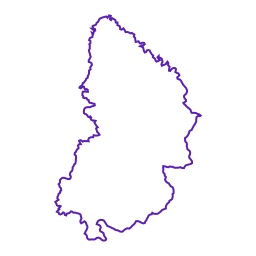 outline of Lagoa Grande, Minas Gerais, Brazil
{"feature_id": "56859067B57490940566650", "entity_name": "Lagoa Grande", "entity_type": "district", "adm_level": 2, "iso_a3": "BRA", "parent_name": "Brazil", "parent_adm1": "Minas Gerais", "projection": "mercator", "projection_center": [-46.514, -17.75], "detail": "fine", "context": "isolated", "style": "outline", "palette": "violet", "viewbox_px": 256, "rotation_deg": 0, "n_neighbors": 0, "source": "geoboundaries", "source_scale": "gbopen_adm2", "svg_char_len": 5709}
<svg xmlns="http://www.w3.org/2000/svg" viewBox="0 0 256 256"><path d="M106.3,16.5L103.4,17.2L100.4,18.3L99.2,19.3L98.7,20.6L98.0,21.9L96.7,22.8L96.0,24.6L94.2,25.5L92.7,25.9L92.7,27.4L93.4,28.6L95.0,29.1L95.2,30.6L93.8,31.7L93.3,33.7L92.0,32.9L92.7,34.9L92.4,37.0L91.3,37.4L89.9,38.1L89.1,40.1L90.4,41.0L90.4,43.2L89.3,44.2L89.9,45.8L89.7,47.2L89.8,48.7L88.9,50.1L89.2,51.8L89.9,53.8L90.2,55.4L90.7,56.8L89.9,58.4L88.7,60.3L88.8,61.9L90.3,62.4L91.5,63.2L91.9,64.8L90.2,67.6L90.6,69.4L89.1,70.4L88.9,74.1L87.8,76.0L87.8,77.6L86.3,78.6L85.8,80.1L83.9,82.6L82.7,83.2L82.5,84.7L81.4,85.8L80.0,86.6L79.5,87.7L80.7,88.3L81.8,87.6L82.5,86.5L84.0,86.8L84.2,88.1L85.2,89.5L86.5,89.0L87.7,89.8L87.9,91.8L84.7,91.6L82.8,91.7L82.5,93.2L82.3,95.1L83.4,96.4L83.2,97.6L84.7,98.2L86.4,98.0L87.4,99.7L88.7,100.1L88.8,101.6L89.7,102.8L91.2,102.9L92.7,103.5L94.5,103.8L94.8,105.4L93.4,106.0L91.7,106.4L89.8,107.3L88.4,107.1L86.2,107.4L84.8,108.2L84.1,109.5L83.8,111.6L84.0,113.2L85.0,113.9L86.3,114.4L87.3,115.3L87.8,116.5L89.1,117.2L90.2,116.4L91.2,117.6L90.6,118.6L91.2,119.7L92.6,120.6L93.9,120.4L95.6,120.9L94.4,122.4L95.1,123.7L96.8,126.4L97.7,127.3L96.1,128.4L96.7,130.4L97.1,131.8L98.0,132.6L98.9,133.7L99.5,134.8L97.8,135.5L95.6,135.6L93.6,135.2L93.2,137.2L90.8,137.3L88.9,138.1L88.3,139.6L88.6,141.3L87.4,141.1L85.7,141.1L84.2,140.9L82.7,141.6L81.4,140.5L80.2,140.2L79.1,140.8L79.9,142.6L80.8,144.1L78.7,144.5L77.9,145.9L78.5,147.1L78.5,148.4L77.5,149.0L76.5,150.4L75.9,151.9L74.9,152.7L74.6,154.6L75.8,155.6L76.1,157.4L75.9,159.3L75.8,161.2L75.3,163.7L74.1,164.5L73.8,165.7L72.6,167.4L72.6,169.2L72.1,170.8L70.6,172.2L69.9,173.8L69.9,175.1L70.8,176.2L70.7,177.8L69.7,179.0L68.0,179.1L64.2,177.8L62.8,177.8L61.5,178.4L60.0,180.1L60.0,181.8L59.7,183.1L58.6,184.2L59.3,185.2L59.6,186.8L60.9,188.2L61.2,190.5L60.2,191.2L60.2,192.7L58.7,193.7L58.1,195.9L57.4,197.0L57.4,198.5L58.5,199.8L56.9,200.8L55.3,202.0L56.4,203.7L56.9,205.3L58.2,206.0L59.5,205.8L60.6,206.2L59.6,207.6L58.6,208.4L59.3,209.4L57.8,210.4L56.9,211.8L58.6,212.4L59.0,213.9L60.4,214.5L61.9,213.8L63.1,212.4L64.3,213.0L64.8,214.9L66.1,215.4L66.8,213.7L69.4,213.0L70.9,211.4L72.3,211.8L73.4,212.7L75.2,212.6L76.9,213.2L78.3,213.4L79.5,213.9L80.5,214.5L80.9,216.3L81.5,218.3L80.4,220.6L80.5,222.3L81.2,223.3L83.0,222.3L84.3,221.3L85.5,222.1L86.1,223.1L86.5,224.7L87.3,226.0L87.4,227.7L86.9,229.2L86.0,230.7L84.6,233.6L86.0,234.4L86.9,236.1L87.1,237.8L87.8,238.8L88.9,239.6L92.4,239.4L94.1,239.5L95.5,239.0L96.7,237.9L98.5,237.6L100.2,238.4L101.2,239.2L102.3,240.3L104.0,240.6L105.6,240.2L106.2,238.9L105.6,237.8L104.7,236.6L103.9,235.1L103.5,233.2L102.1,232.1L100.3,231.3L99.8,229.8L100.3,228.7L100.8,227.5L100.2,225.9L99.2,225.1L98.0,224.6L96.7,224.2L97.0,222.9L98.0,221.2L99.3,220.2L100.9,219.9L102.8,220.0L104.3,221.1L105.4,222.9L107.5,226.1L109.3,226.6L112.4,228.2L113.9,228.7L115.2,229.8L118.4,230.6L120.2,231.6L122.4,231.7L123.7,230.5L125.7,228.9L127.4,228.3L129.1,228.6L130.7,227.5L132.4,225.6L133.6,224.7L134.5,223.7L135.3,222.7L136.0,221.2L137.9,221.1L140.1,221.9L141.8,222.9L143.6,223.4L144.9,222.9L145.3,221.4L146.4,220.2L146.9,218.8L147.8,217.4L148.7,215.4L150.3,214.5L151.7,214.3L152.3,212.8L153.4,213.5L155.0,213.9L156.6,213.9L157.8,213.7L160.2,212.0L162.2,210.0L164.0,209.2L165.9,208.5L165.8,206.6L166.4,205.1L167.2,203.8L169.1,202.2L169.4,200.8L170.9,200.0L172.0,199.1L172.6,197.4L172.7,195.6L172.5,194.1L173.5,193.4L173.6,191.8L173.5,189.4L172.6,187.2L170.6,186.2L169.6,184.6L168.7,183.3L167.4,182.7L166.0,181.5L165.0,179.8L165.9,177.0L164.7,175.7L164.7,174.1L163.4,172.7L163.1,170.9L163.4,169.2L163.1,167.8L163.3,166.1L165.9,166.6L167.0,167.1L168.4,167.2L169.7,166.5L171.1,166.8L172.7,166.8L174.2,167.6L175.6,167.8L178.9,167.6L180.6,167.2L181.8,168.0L184.0,168.1L184.7,166.6L185.9,165.3L187.9,164.7L190.3,164.1L192.0,163.2L192.0,161.3L191.2,160.1L190.2,158.9L189.3,157.8L189.1,156.2L190.0,154.2L190.2,152.5L189.6,150.9L188.6,150.1L187.4,149.2L187.2,147.7L186.7,146.1L187.0,144.3L186.5,142.6L185.3,141.5L185.1,140.0L185.0,138.1L186.2,137.2L187.5,135.9L188.5,134.1L189.1,132.9L189.2,131.5L190.1,130.6L191.7,129.9L192.3,128.5L193.1,127.1L193.9,125.5L195.0,124.0L196.2,121.6L196.2,119.7L196.5,117.2L198.2,115.8L199.7,116.2L200.7,115.6L199.3,114.4L197.5,113.9L195.8,113.0L194.1,112.8L192.9,112.9L191.6,112.8L191.0,111.7L190.7,110.2L189.5,108.8L188.1,107.8L186.7,106.6L185.5,105.2L184.1,104.0L183.4,102.9L185.0,102.0L186.0,101.1L185.8,99.7L184.8,98.5L184.1,97.3L184.0,96.0L184.7,95.0L185.9,94.0L186.8,92.5L187.1,90.9L186.5,88.9L185.6,87.5L184.3,86.1L183.2,84.7L182.5,83.6L181.0,80.7L179.9,79.6L178.5,79.2L177.4,78.6L177.3,77.2L178.4,76.3L179.4,75.3L178.5,73.5L176.8,72.9L175.3,72.0L175.8,70.3L175.9,68.8L174.8,68.0L173.7,68.0L172.4,68.4L171.1,69.6L170.2,71.0L169.0,70.7L169.1,69.1L169.6,66.8L168.1,65.2L168.3,63.1L167.5,61.7L166.5,62.8L166.0,64.0L164.7,64.6L163.2,65.1L161.9,65.8L161.4,64.5L161.9,63.1L162.5,62.0L162.3,60.6L161.6,58.5L160.2,57.8L158.8,57.5L158.7,56.0L157.5,57.3L158.4,58.6L159.8,60.1L158.1,61.1L156.5,61.6L155.6,60.7L155.2,59.1L154.1,58.0L152.8,57.2L153.2,55.5L151.8,54.4L151.0,53.1L150.3,52.0L149.7,50.4L148.3,50.1L146.8,50.4L146.1,52.0L144.8,52.5L143.9,51.0L143.6,49.4L143.0,47.2L140.2,46.2L142.0,45.3L143.6,45.1L144.7,44.2L144.1,42.9L142.4,42.7L141.1,43.3L139.9,43.4L139.2,42.4L138.6,41.3L137.3,41.6L135.7,41.9L135.3,39.9L135.1,37.8L133.8,36.6L134.4,34.6L132.8,33.7L131.9,32.9L130.5,33.4L128.9,32.5L127.1,31.9L125.6,32.1L124.8,30.4L123.4,28.3L121.5,29.7L120.1,29.1L120.1,27.5L119.5,26.0L117.4,25.2L117.5,22.5L115.8,22.5L115.4,20.2L113.7,19.0L112.2,18.2L111.1,20.1L109.9,19.3L110.2,17.7L110.8,15.9L109.1,15.4L107.5,17.8L106.3,16.5ZM93.4,28.6L91.8,28.6L93.3,29.9L93.4,28.6Z" fill="none" stroke="#5b21b6" stroke-width="2"/></svg>